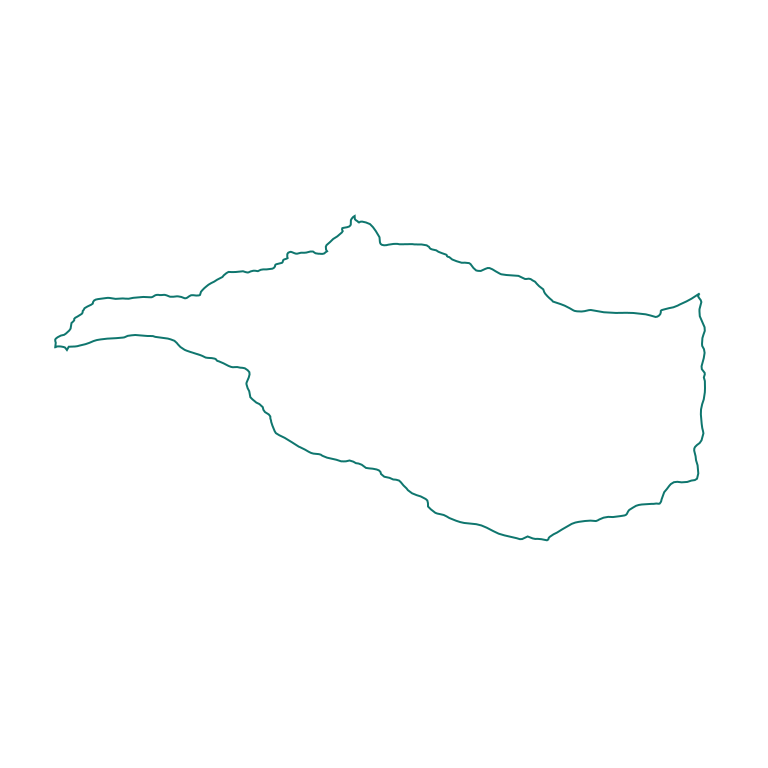 Manta, Cundinamarca, Colombia (Equal Earth projection), rotated 265°
{"feature_id": "7082276B33353054610225", "entity_name": "Manta", "entity_type": "district", "adm_level": 2, "iso_a3": "COL", "parent_name": "Colombia", "parent_adm1": "Cundinamarca", "projection": "equal_earth", "projection_center": [-73.55, 4.993], "detail": "fine", "context": "isolated", "style": "outline", "palette": "teal", "viewbox_px": 768, "rotation_deg": 265, "n_neighbors": 0, "source": "geoboundaries", "source_scale": "gbopen_adm2", "svg_char_len": 6127}
<svg xmlns="http://www.w3.org/2000/svg" viewBox="0 0 768 768"><g transform="rotate(265 384 384)"><path d="M508.2,236.7L506.2,233.8L504.7,232.4L502.4,226.8L500.8,223.8L499.6,220.7L498.2,217.8L496.8,215.7L495.1,213.3L493.2,211.1L491.8,209.7L488.8,208.5L488.4,207.4L488.4,206.5L488.5,204.6L489.1,201.7L489.2,200.4L489.2,199.5L488.5,197.8L487.1,195.4L486.8,194.4L486.7,193.7L486.8,192.9L488.4,189.6L489.2,186.7L489.4,185.4L489.3,181.9L489.5,179.1L489.7,178.2L491.2,175.3L491.9,173.4L492.0,172.3L492.0,169.7L492.1,168.4L492.4,167.3L492.6,165.8L492.5,164.7L492.3,163.8L491.0,161.2L490.7,160.1L490.7,159.3L491.7,151.8L491.7,149.0L491.7,141.6L491.2,137.2L491.5,134.2L492.0,131.3L492.2,124.0L493.7,117.9L493.9,116.0L493.5,106.5L493.2,104.2L492.4,102.4L490.8,101.2L489.5,100.9L488.5,99.2L487.0,95.2L485.6,92.3L483.9,91.2L483.1,90.3L481.3,89.9L480.2,89.0L477.9,84.5L476.9,82.2L475.9,81.1L474.4,80.9L473.2,79.6L472.0,78.0L466.5,76.6L464.7,75.1L462.0,71.6L460.9,69.7L460.4,66.3L459.0,62.9L457.7,60.9L456.7,60.3L455.2,60.3L453.7,60.6L449.3,59.7L449.3,60.2L449.9,61.2L449.8,63.5L449.5,65.5L448.8,68.0L448.2,69.3L447.7,69.7L445.5,71.1L448.6,73.2L448.3,79.4L448.4,81.8L448.8,84.0L449.7,90.1L450.7,94.1L452.1,98.4L452.8,101.7L453.1,105.5L453.3,112.3L453.0,121.4L453.0,127.9L453.1,129.4L454.3,132.9L454.5,136.8L454.5,140.5L452.5,152.2L451.9,157.9L450.9,160.2L448.1,172.6L447.0,175.5L445.3,179.0L442.9,181.2L441.4,182.2L438.6,184.4L435.4,188.4L434.4,190.3L432.8,193.9L428.8,203.5L427.8,205.5L425.9,208.6L425.4,210.7L424.8,214.7L424.0,217.6L423.3,218.7L422.6,219.1L421.6,219.9L420.9,221.6L418.6,225.9L415.5,230.8L414.4,233.1L413.9,234.7L413.7,239.2L412.8,242.2L412.5,244.2L411.8,246.7L409.6,249.4L407.5,250.9L405.2,250.9L402.2,249.8L397.5,247.3L396.6,247.0L395.6,247.0L391.7,247.8L388.6,249.1L382.5,249.7L380.3,251.5L376.6,255.2L374.9,258.1L371.5,261.2L368.8,261.6L366.4,263.0L363.7,266.6L361.6,267.9L359.6,267.8L357.3,268.3L356.2,268.3L352.3,269.2L346.5,271.0L344.5,272.0L343.8,272.9L342.1,275.2L339.0,280.4L333.9,287.3L328.9,293.8L328.6,294.5L325.5,299.6L323.1,303.0L321.6,305.5L320.8,307.7L319.8,313.0L319.1,314.9L317.9,316.3L315.6,320.8L312.7,329.9L310.7,334.6L310.4,337.4L310.3,339.4L310.8,343.0L309.3,346.7L307.6,349.1L307.0,351.7L305.5,354.8L302.0,358.7L301.3,361.6L300.6,365.4L299.5,369.2L298.4,371.4L296.7,372.8L294.6,373.2L291.6,376.2L290.0,381.4L288.1,384.8L287.6,387.7L286.5,390.6L284.7,392.2L281.2,394.6L278.0,397.4L276.2,398.5L272.7,402.4L270.4,406.9L268.8,410.8L265.8,415.5L264.2,417.0L261.5,417.4L258.1,417.2L255.1,419.7L251.2,423.9L250.3,425.8L249.2,429.4L248.3,432.1L246.6,434.9L244.8,437.4L241.5,443.9L239.8,447.9L238.6,451.7L236.3,463.7L234.6,468.7L231.9,473.8L227.9,480.1L224.9,485.2L222.7,490.8L218.8,502.8L217.6,505.8L217.5,508.1L219.6,513.8L217.2,518.7L216.5,521.1L216.3,523.8L215.7,527.2L214.1,532.7L214.8,534.1L216.3,534.7L217.3,535.8L219.5,539.8L220.9,543.4L223.6,548.7L228.3,558.8L229.3,562.5L229.7,566.0L230.0,572.2L229.9,577.8L229.3,581.4L229.0,583.2L229.5,585.0L230.3,586.7L231.7,591.1L232.1,595.8L231.5,600.5L231.8,608.0L232.1,612.2L232.5,613.5L233.5,614.7L234.6,615.3L236.2,616.4L237.2,617.4L239.2,621.3L240.7,624.5L241.3,627.3L241.5,630.3L241.3,639.3L241.1,642.3L241.2,644.8L240.8,647.0L240.8,648.1L241.6,648.9L242.8,649.8L244.9,650.5L251.8,653.7L254.9,656.8L257.7,659.3L259.3,661.0L260.9,664.2L261.0,667.7L260.1,671.9L260.0,677.6L261.0,681.8L261.2,685.3L262.4,687.6L267.5,689.3L275.7,689.3L280.9,688.2L284.9,688.1L290.6,687.2L292.7,687.5L294.2,688.4L295.9,690.4L297.7,693.3L300.2,695.4L307.0,697.9L309.3,697.7L312.4,697.2L316.6,697.0L326.1,697.0L331.0,697.6L336.2,699.2L340.8,701.2L347.8,702.9L351.8,703.4L359.0,703.9L362.7,703.2L365.6,704.4L367.2,704.4L371.1,701.9L374.0,701.9L381.9,704.8L387.1,706.1L390.8,705.8L394.2,704.3L396.2,704.3L402.0,705.2L405.0,706.4L409.0,708.2L412.6,708.3L424.0,704.5L429.0,704.6L431.0,704.8L438.0,707.3L440.0,706.8L442.2,705.4L443.8,704.6L445.8,705.3L446.7,706.3L442.2,697.8L439.9,692.5L437.4,685.5L436.5,683.4L435.2,679.0L434.7,674.5L433.7,668.5L433.3,666.8L432.6,666.1L431.3,666.0L429.7,665.4L428.3,664.1L427.3,662.2L427.1,660.4L429.0,655.5L430.6,650.8L433.0,638.7L433.8,631.8L434.6,621.1L436.3,609.3L439.7,596.5L439.7,594.5L439.1,590.2L439.0,587.1L439.6,582.6L440.2,580.3L440.9,579.0L443.3,575.6L446.3,570.8L448.2,566.9L451.4,559.5L452.6,558.7L455.3,556.1L457.4,554.3L460.0,552.4L461.7,551.6L464.4,550.9L468.0,547.0L470.7,544.8L471.9,544.0L472.8,543.3L474.5,540.7L475.2,540.0L475.8,539.0L476.3,537.4L476.2,534.6L476.4,533.5L480.0,527.4L481.9,515.5L483.1,510.3L483.9,508.9L486.5,505.1L488.8,502.0L490.3,499.2L490.5,497.4L489.9,495.1L488.2,490.3L488.5,487.6L489.1,485.7L491.8,483.2L496.0,480.6L497.0,479.3L497.8,475.2L498.0,472.0L500.0,467.0L502.1,462.8L504.7,460.1L505.3,458.5L505.9,457.9L506.8,457.8L507.5,457.1L509.3,453.1L511.0,449.7L512.6,447.7L513.9,443.6L514.6,442.2L515.3,441.5L516.8,440.7L517.7,439.4L518.4,438.7L519.7,433.7L520.4,426.6L520.9,424.3L521.8,411.8L522.4,409.6L522.6,407.9L522.7,405.6L522.4,400.6L522.1,398.3L522.2,396.1L522.8,394.1L523.7,393.0L524.4,392.6L525.8,392.3L530.6,392.3L537.0,389.2L541.2,386.7L544.5,384.0L546.5,380.1L547.7,376.3L547.7,374.5L547.1,373.2L547.4,372.6L548.3,372.0L549.5,370.4L550.5,369.5L551.4,369.3L553.9,369.4L553.2,368.0L551.6,366.3L550.1,365.3L545.8,364.8L544.9,364.3L543.9,363.0L543.4,360.8L543.1,357.4L542.9,356.1L541.9,355.7L541.1,355.8L539.9,356.2L538.6,355.2L535.1,350.3L532.9,346.0L530.1,342.6L527.4,338.9L525.8,338.0L523.0,338.0L522.0,338.4L521.2,338.9L520.3,337.2L519.3,335.9L519.0,334.3L519.1,332.7L519.4,331.3L519.5,330.0L520.2,327.2L521.0,326.1L522.1,324.9L522.3,323.5L522.4,322.3L521.7,318.0L521.7,315.8L522.0,312.7L521.4,308.9L521.5,307.7L522.1,306.2L523.2,304.1L523.8,302.7L523.6,301.4L523.1,300.0L521.8,299.0L519.0,298.7L517.9,299.0L517.4,298.1L516.8,295.5L516.4,294.6L515.5,294.1L514.2,293.6L513.6,292.9L512.7,287.2L512.3,286.3L511.7,285.9L510.5,285.6L509.2,284.3L508.6,282.8L508.4,276.8L508.7,273.7L508.5,271.1L507.4,268.2L508.1,265.3L508.2,263.6L507.8,261.0L507.0,258.8L507.0,257.6L507.6,255.7L508.6,253.4L508.5,246.2L508.7,242.6L509.2,238.9L508.2,236.7Z" fill="none" stroke="#0f766e" stroke-width="2"/></g></svg>